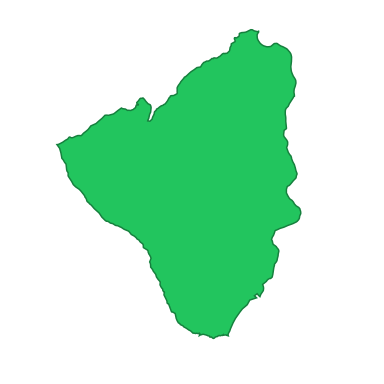 the district of Turnu Rosu, Sibiu, Romania, rotated 169°
{"feature_id": "2599482B72596568655749", "entity_name": "Turnu Rosu", "entity_type": "district", "adm_level": 2, "iso_a3": "ROU", "parent_name": "Romania", "parent_adm1": "Sibiu", "projection": "orthographic", "projection_center": [24.318, 45.612], "detail": "fine", "context": "isolated", "style": "filled", "palette": "green", "viewbox_px": 384, "rotation_deg": 169, "n_neighbors": 0, "source": "geoboundaries", "source_scale": "gbopen_adm2", "svg_char_len": 5949}
<svg xmlns="http://www.w3.org/2000/svg" viewBox="0 0 384 384"><g transform="rotate(169 192 192)"><path d="M96.0,337.1L96.7,336.9L97.3,337.0L100.2,338.3L101.8,339.7L103.2,340.1L108.4,338.7L110.3,338.7L112.9,339.0L114.9,338.7L115.4,338.3L115.6,337.1L116.1,336.0L116.4,335.8L118.8,334.8L119.3,334.9L119.9,335.2L120.7,335.3L120.9,335.1L121.2,334.3L120.8,332.5L121.0,331.4L125.1,330.0L125.3,329.6L125.5,328.4L127.0,326.6L128.0,323.9L128.5,323.1L129.6,322.5L130.7,321.7L131.2,321.5L132.3,321.7L133.3,321.5L134.1,322.0L134.9,322.0L135.9,321.7L138.6,319.9L139.6,319.7L140.5,319.2L142.3,318.7L142.8,318.8L144.5,319.4L145.2,319.4L145.9,318.8L146.8,319.3L148.8,318.2L150.7,317.4L152.7,317.7L154.6,317.1L155.8,316.9L157.8,315.3L159.7,313.1L163.4,313.2L166.9,311.5L170.1,310.2L172.6,308.7L174.6,307.4L176.0,306.6L177.6,306.1L178.5,305.1L181.8,302.5L183.2,300.9L185.0,299.3L186.5,297.5L186.8,296.7L187.0,295.3L187.4,293.5L187.6,291.9L188.0,291.3L191.2,290.3L192.2,290.2L193.3,290.5L194.8,290.4L195.3,289.6L196.5,288.8L198.8,286.0L201.5,283.6L203.0,283.2L203.8,282.7L205.9,282.4L207.9,281.5L209.1,280.7L211.0,280.1L211.2,279.8L211.3,279.4L211.7,279.0L213.2,278.1L213.6,277.7L214.3,275.7L216.2,273.2L217.1,271.7L217.3,271.0L218.5,270.4L219.4,269.7L220.2,269.6L221.3,270.2L221.9,270.3L221.5,271.2L220.5,272.4L218.7,276.5L217.4,278.2L216.1,282.4L216.0,283.2L216.1,284.7L216.3,285.3L216.6,285.8L218.1,286.8L218.5,287.3L220.0,289.8L221.0,292.0L222.2,293.7L222.3,293.7L222.8,293.5L224.5,293.8L225.2,293.6L227.6,291.4L229.1,290.4L229.2,289.2L229.0,288.9L228.1,288.4L228.0,288.1L228.1,287.8L228.5,287.6L229.6,288.0L230.0,288.0L230.8,286.8L231.1,285.9L231.6,285.4L232.4,285.2L233.2,284.7L233.7,284.2L235.1,284.1L236.4,283.7L239.0,284.4L239.7,284.4L241.5,286.1L244.1,287.0L245.3,287.9L249.2,286.1L253.2,284.0L254.2,283.6L259.2,283.2L261.4,283.8L262.8,283.9L266.2,281.5L270.2,279.3L273.1,277.5L278.7,276.2L281.9,273.3L283.9,272.1L287.3,270.4L289.8,268.5L290.5,268.5L290.9,268.7L293.2,269.2L295.4,268.9L298.1,268.2L299.1,268.1L300.2,268.3L301.3,269.2L302.0,269.3L302.6,268.9L303.9,267.7L306.2,267.0L309.5,265.5L313.3,264.4L314.5,264.2L315.5,264.3L313.6,260.1L313.2,255.4L313.3,249.9L312.3,248.2L311.4,245.5L310.3,243.3L310.8,237.8L310.7,236.3L309.9,234.6L310.5,231.6L310.4,231.0L308.1,225.3L307.1,221.9L305.2,219.2L302.3,216.3L301.4,215.0L300.5,213.5L298.2,208.9L297.9,207.1L297.4,206.4L297.0,204.8L296.9,203.3L296.6,202.5L295.4,201.1L294.8,199.9L293.4,198.4L291.1,194.3L287.3,189.3L286.6,187.8L285.3,184.6L282.6,180.6L281.7,179.7L279.9,179.1L278.1,177.1L275.7,176.0L273.7,174.0L273.0,173.6L271.7,173.2L270.6,172.6L269.9,171.9L268.2,170.8L265.8,168.4L261.9,165.8L261.2,164.9L259.7,161.9L256.8,159.5L256.2,158.6L255.6,158.0L255.0,156.5L253.2,154.9L252.5,153.1L252.0,152.4L250.8,151.1L250.0,149.9L250.0,149.2L250.3,147.0L250.3,146.7L246.6,143.3L246.4,142.3L246.5,141.3L246.1,139.2L245.6,138.2L245.2,136.7L245.0,136.1L244.9,134.6L246.9,131.4L246.6,130.4L246.5,128.6L246.9,126.1L245.5,123.4L245.1,121.6L243.8,119.1L243.3,118.0L243.1,115.4L241.9,112.6L240.5,110.2L240.5,109.1L241.0,107.4L241.1,106.9L240.5,104.6L240.0,103.4L239.4,102.6L239.4,101.0L239.0,99.7L238.9,99.5L238.4,99.4L238.2,98.9L239.0,97.0L239.1,96.2L237.6,90.8L237.4,89.5L237.6,87.9L237.3,87.1L236.5,86.9L236.3,86.4L235.4,80.9L235.1,79.0L234.9,78.2L234.1,77.9L233.0,77.2L232.4,76.5L231.7,76.0L231.6,70.7L231.1,68.4L230.3,66.1L229.1,65.2L228.8,64.1L226.4,62.4L225.9,61.3L223.4,59.2L221.2,56.9L220.0,56.1L217.9,53.2L217.0,53.1L215.5,52.4L214.3,52.5L212.8,51.7L211.8,52.1L211.6,52.0L211.4,51.5L211.4,51.0L212.1,49.7L210.5,50.3L210.1,50.1L208.3,50.3L205.1,48.8L203.9,47.9L202.5,47.3L202.3,47.1L202.3,46.4L202.1,46.2L201.4,46.0L200.7,46.0L199.4,44.5L199.0,44.2L197.8,44.4L197.0,45.1L195.7,45.3L194.4,45.3L193.6,45.9L192.7,46.0L192.0,45.5L191.3,45.5L190.5,45.7L189.7,45.4L188.6,46.0L188.6,45.4L185.8,45.3L185.7,45.2L185.7,44.9L183.8,43.9L183.9,45.0L183.0,46.6L181.5,48.3L180.2,50.6L176.6,55.8L173.4,59.7L167.9,65.0L164.8,67.7L159.3,70.8L155.9,74.9L148.8,75.8L150.5,78.2L147.5,79.7L146.2,77.5L145.3,76.3L144.0,78.4L141.0,81.4L140.7,81.9L140.1,83.8L140.0,84.7L140.0,85.6L140.3,87.8L136.0,90.1L135.6,90.5L135.4,90.8L133.9,91.8L132.3,92.3L131.3,92.1L129.5,93.2L128.4,95.7L126.1,102.2L125.0,104.5L125.0,105.0L124.8,105.4L122.4,107.5L121.6,108.6L120.8,110.6L119.7,112.9L119.2,114.7L118.1,117.2L118.0,118.2L118.2,119.2L119.3,121.2L119.7,122.3L120.8,123.6L122.3,125.1L122.5,126.5L122.5,128.6L123.0,129.9L122.3,131.5L121.7,132.4L120.3,133.9L118.7,136.5L118.2,137.6L117.6,138.3L117.2,138.4L116.0,138.6L112.4,139.5L108.6,139.9L104.2,140.9L99.0,141.7L95.3,142.7L94.3,143.2L92.6,144.5L92.0,145.2L91.5,146.0L90.8,148.0L89.5,149.8L89.3,150.3L89.1,151.8L89.1,152.7L89.3,153.6L89.3,154.7L89.4,155.1L90.2,156.5L92.4,158.5L93.8,160.8L94.3,162.6L95.1,164.1L95.6,164.9L97.0,166.2L97.7,167.3L98.7,170.1L99.5,173.1L99.4,173.6L98.8,176.7L97.5,179.1L96.8,179.5L95.3,179.9L94.2,180.6L90.2,183.9L87.4,185.8L87.0,186.5L86.4,188.1L85.5,189.5L85.4,190.2L85.9,193.1L86.0,196.1L86.2,198.0L86.3,199.3L87.3,202.4L87.9,205.8L87.8,207.0L88.1,208.7L88.6,209.5L89.0,210.1L89.9,212.5L90.5,216.5L90.6,217.3L90.5,217.9L89.7,219.1L89.1,220.2L88.6,222.5L88.6,223.2L89.1,224.9L91.1,228.9L91.2,229.5L91.1,231.0L90.0,234.4L89.7,235.0L87.7,235.9L87.3,236.2L87.1,236.6L86.5,243.4L85.9,246.3L85.7,247.7L85.6,250.6L85.1,253.1L84.6,254.8L83.6,256.2L81.2,257.8L79.6,260.1L74.8,265.1L73.7,266.5L73.2,266.5L73.0,267.7L72.9,270.5L72.4,272.4L72.0,273.6L70.4,276.4L69.2,279.1L68.9,281.4L69.0,282.4L69.4,283.7L70.5,286.5L71.1,289.2L71.4,291.1L71.4,292.8L71.1,296.1L69.5,301.1L68.5,305.5L68.5,307.4L68.7,308.9L69.3,310.5L71.3,314.0L71.9,314.7L75.0,317.2L77.1,318.5L79.2,320.5L79.6,321.1L80.4,321.7L82.5,322.0L83.2,321.9L86.2,320.2L86.9,319.9L88.5,319.9L90.6,320.2L91.7,320.7L93.2,321.5L94.5,322.4L95.5,323.4L96.7,324.9L97.8,327.4L98.3,328.8L98.5,330.1L98.5,331.2L98.1,333.9L96.8,335.6L96.1,336.2L96.0,336.5L96.0,337.1Z" fill="#22c55e" stroke="#15803d" stroke-width="1.5"/></g></svg>